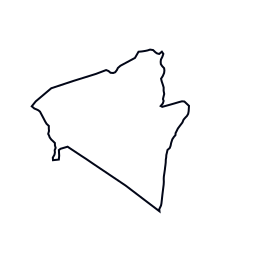 São Miguel dos Campos, Alagoas, Brazil, rotated 227°
{"feature_id": "56859067B77062993140520", "entity_name": "São Miguel dos Campos", "entity_type": "district", "adm_level": 2, "iso_a3": "BRA", "parent_name": "Brazil", "parent_adm1": "Alagoas", "projection": "natural_earth1", "projection_center": [-36.106, -9.778], "detail": "fine", "context": "isolated", "style": "outline", "palette": "ink", "viewbox_px": 256, "rotation_deg": 227, "n_neighbors": 0, "source": "geoboundaries", "source_scale": "gbopen_adm2", "svg_char_len": 1645}
<svg xmlns="http://www.w3.org/2000/svg" viewBox="0 0 256 256"><g transform="rotate(227 128 128)"><path d="M199.7,120.1L209.4,99.0L210.4,78.7L209.5,72.4L206.1,72.8L203.9,73.8L202.1,74.5L200.0,74.8L196.3,73.8L193.7,73.1L191.5,72.5L189.4,71.9L186.6,71.3L183.5,71.5L181.6,69.7L179.7,68.2L178.1,65.6L176.3,65.1L174.5,64.3L171.8,64.0L169.3,64.2L166.9,64.3L165.1,62.7L162.8,61.5L161.8,59.3L159.9,57.8L158.6,56.0L157.6,52.8L155.6,51.2L152.1,55.9L154.7,58.8L159.0,62.4L158.8,64.5L155.5,71.1L153.6,71.5L139.4,74.9L133.8,76.3L125.3,78.2L87.5,87.0L64.1,91.0L45.6,94.2L47.3,95.5L48.8,99.3L50.1,101.1L52.5,103.9L55.7,107.6L58.8,111.3L62.3,115.5L64.1,117.4L66.6,119.6L68.2,121.3L70.1,123.7L72.6,126.8L73.9,128.3L75.2,129.9L77.0,132.0L79.1,134.1L80.4,135.8L82.1,137.6L83.4,139.6L85.0,141.9L84.9,144.9L86.0,147.1L87.6,149.3L89.5,152.7L90.2,155.6L90.4,157.8L91.8,159.3L92.6,161.5L93.6,164.1L94.2,167.3L94.9,171.5L96.2,174.3L96.5,177.0L96.6,179.3L97.3,181.6L98.9,183.8L100.8,185.8L102.6,187.7L108.9,187.3L110.7,185.7L112.2,182.9L113.3,180.7L114.3,178.7L116.5,174.4L118.8,170.0L120.1,167.5L121.8,166.9L122.2,170.2L123.5,172.5L125.3,173.3L126.6,175.2L128.2,177.7L131.0,179.5L133.3,181.7L135.9,183.0L139.0,184.4L141.5,185.8L142.3,188.9L143.6,191.9L145.2,193.8L147.1,195.2L150.0,195.2L152.3,195.6L154.1,197.0L155.6,198.8L156.7,201.8L158.1,204.4L160.7,204.8L160.9,201.3L162.8,200.1L164.6,199.7L167.9,199.5L170.3,197.6L171.4,195.2L172.6,193.2L174.5,190.4L176.6,187.7L174.5,180.9L178.7,164.9L178.8,161.5L178.0,159.5L177.5,156.7L178.3,154.7L180.3,152.9L183.0,152.6L185.3,151.5L189.4,141.5L191.8,136.5L199.7,120.1Z" fill="none" stroke="#020617" stroke-width="2"/></g></svg>